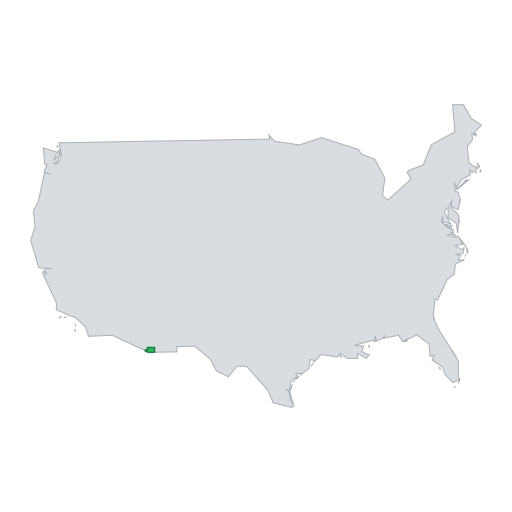 Santa Cruz, Arizona, United States of America shown in context
{"feature_id": "52423323B1252961664996", "entity_name": "Santa Cruz", "entity_type": "district", "adm_level": 2, "iso_a3": "USA", "parent_name": "United States of America", "parent_adm1": "Arizona", "projection": "orthographic", "projection_center": [-110.91, 31.532], "detail": "fine", "context": "in_parent", "style": "filled", "palette": "green", "viewbox_px": 512, "rotation_deg": 0, "n_neighbors": 0, "source": "geoboundaries", "source_scale": "gbopen_adm2", "svg_char_len": 3948}
<svg xmlns="http://www.w3.org/2000/svg" viewBox="0 0 512 512"><path d="M431.2,144.9L454.9,131.8L452.6,104.7L463.3,104.6L471.2,118.3L481.3,125.1L474.2,132.7L475.0,135.6L471.9,133.0L472.5,139.6L467.2,146.8L469.1,163.1L476.1,167.4L478.6,165.4L476.6,163.0L478.0,163.9L479.7,166.8L472.5,172.4L469.4,169.8L470.6,174.6L461.4,179.7L456.4,188.4L455.8,184.8L454.2,183.0L455.5,191.6L458.2,192.2L460.2,199.1L458.4,209.7L450.9,206.4L452.1,199.8L449.8,204.9L453.6,210.4L457.2,213.0L459.1,216.7L457.6,233.2L456.4,223.6L448.1,217.2L448.2,207.1L444.1,211.6L450.7,224.0L444.2,221.9L442.6,222.9L442.7,218.2L442.2,217.0L441.6,220.8L442.5,223.6L452.1,225.9L451.2,228.9L446.1,225.5L444.5,225.2L450.8,229.2L453.1,229.6L453.2,233.3L449.9,231.6L455.4,235.3L454.7,236.3L452.0,234.3L446.8,234.9L454.4,237.5L458.1,236.0L466.1,246.8L459.5,238.7L462.7,244.3L455.1,245.6L462.3,249.8L464.3,247.1L462.9,253.7L455.4,254.3L460.6,255.6L457.8,259.7L462.8,260.2L455.4,264.2L454.1,274.4L447.3,279.4L437.5,300.2L435.0,299.0L433.4,315.6L433.9,319.5L439.2,330.2L458.3,360.8L458.5,379.9L452.9,382.7L445.2,374.7L442.4,367.0L432.2,360.1L434.1,355.2L430.1,356.5L429.1,344.1L416.9,334.9L402.7,341.6L398.5,335.3L383.7,338.2L385.0,335.1L382.9,338.4L376.4,341.1L375.3,335.8L374.9,339.8L354.4,345.2L363.7,346.1L361.6,351.6L369.2,355.0L366.2,358.3L357.6,353.4L357.9,358.5L347.2,358.4L340.3,353.1L337.3,357.0L321.2,354.6L313.2,363.0L315.2,360.7L310.1,359.6L308.8,368.6L299.9,375.5L301.9,373.5L295.5,373.5L298.1,376.1L291.1,380.7L289.3,390.6L285.8,389.5L289.0,391.7L290.4,400.4L294.0,405.3L291.9,407.4L273.3,402.9L268.0,390.4L246.8,366.6L237.0,366.0L228.4,376.8L216.4,370.9L210.5,359.3L194.5,346.1L176.9,346.6L177.0,351.9L148.6,352.3L112.3,335.3L88.5,336.3L85.7,327.2L76.2,318.1L56.2,309.8L56.7,303.5L42.7,273.6L43.5,270.7L46.5,274.8L45.0,268.4L52.3,268.6L38.8,267.9L30.7,240.4L35.0,226.8L33.5,210.8L38.4,201.2L44.5,172.8L50.5,174.2L44.0,172.0L47.1,164.5L44.8,164.4L43.3,147.9L57.5,152.3L53.4,160.4L59.0,155.0L57.6,162.0L53.8,163.3L56.3,163.9L59.5,161.3L61.4,154.2L59.0,142.8L269.9,139.1L269.0,134.9L274.5,141.2L299.4,144.9L321.6,137.6L358.5,149.5L361.5,154.1L374.8,159.3L384.8,177.9L382.5,195.8L387.8,200.0L410.9,179.2L407.1,172.3L408.9,170.3L423.2,164.9L431.2,144.9ZM465.7,181.7L469.6,179.1L456.6,189.8L466.6,179.2L465.7,181.7ZM59.1,149.7L60.4,154.4L60.2,155.1L58.0,151.4L59.1,149.7ZM293.5,403.8L290.3,396.4L290.0,392.1L290.9,396.6L293.5,403.8ZM475.4,132.8L476.4,135.0L475.6,134.8L475.4,132.8ZM340.9,355.3L341.6,357.0L339.6,355.9L340.9,355.3ZM63.6,317.7L66.0,316.9L66.1,317.2L63.6,317.7ZM61.1,316.8L60.1,318.0L59.3,316.8L61.1,316.8ZM476.4,171.1L475.9,173.0L475.4,172.8L476.4,171.1ZM291.0,387.9L290.0,391.5L292.5,384.3L291.0,387.9ZM452.4,350.6L456.1,356.6L451.9,350.1L452.4,350.6ZM75.2,324.4L76.1,326.3L75.1,324.5L75.2,324.4ZM459.6,380.6L458.3,383.3L460.2,377.9L459.6,380.6ZM468.1,250.7L467.2,253.8L466.5,247.2L468.1,250.7ZM57.7,145.9L57.5,147.2L56.8,146.4L57.7,145.9ZM298.3,377.5L295.1,379.5L298.4,377.0L298.3,377.5ZM480.5,170.0L481.2,171.6L479.8,171.8L480.5,170.0ZM74.8,329.6L75.5,331.9L74.5,329.8L74.8,329.6ZM294.4,381.0L293.1,382.0L294.2,380.5L294.4,381.0ZM459.4,219.6L458.9,223.7L459.2,218.2L459.4,219.6ZM312.4,364.6L310.3,366.3L313.2,363.5L312.4,364.6ZM434.2,317.3L434.5,320.2L433.9,318.3L434.2,317.3ZM463.6,260.4L463.1,261.1L464.3,258.4L463.6,260.4ZM407.9,339.6L405.7,341.7L404.7,341.6L407.9,339.6ZM375.3,340.8L375.0,341.4L373.5,341.7L375.3,340.8ZM439.8,368.1L440.5,369.9L439.3,367.8L439.8,368.1ZM369.5,346.2L369.4,348.1L368.7,344.9L369.5,346.2ZM455.1,387.0L453.7,387.6L455.5,386.5L455.1,387.0ZM460.3,200.4L460.1,202.4L460.2,199.6L460.3,200.4ZM466.1,254.9L465.5,255.8L465.3,255.8L466.1,254.9Z" fill="#d9dde1" stroke="#a8b0b8" stroke-width="1"/><path d="M145.4,351.1L147.8,352.0L148.3,352.2L149.0,352.2L151.1,352.2L154.5,352.2L154.5,350.6L154.5,348.9L154.5,347.5L150.5,347.5L148.5,347.5L147.4,347.5L147.4,349.9L145.4,349.9L145.4,351.1Z" fill="#22c55e" stroke="#15803d" stroke-width="1.5"/></svg>